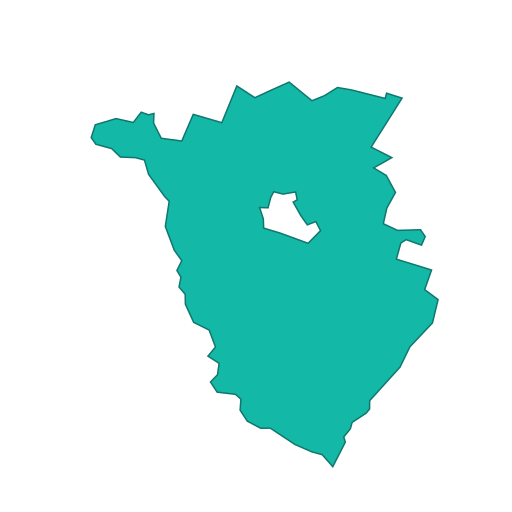 outline of Sharof Rashidov, Jizzakh, Uzbekistan, rotated 13°
{"feature_id": "79887680B75726526377189", "entity_name": "Sharof Rashidov", "entity_type": "district", "adm_level": 2, "iso_a3": "UZB", "parent_name": "Uzbekistan", "parent_adm1": "Jizzakh", "projection": "robinson", "projection_center": [67.817, 40.024], "detail": "fine", "context": "isolated", "style": "filled", "palette": "teal", "viewbox_px": 512, "rotation_deg": 13, "n_neighbors": 0, "source": "geoboundaries", "source_scale": "gbopen_adm2", "svg_char_len": 1390}
<svg xmlns="http://www.w3.org/2000/svg" viewBox="0 0 512 512"><g transform="rotate(13 256 256)"><path d="M69.9,164.3L68.8,177.7L74.9,183.2L91.2,183.8L101.6,190.1L116.5,187.3L125.7,187.6L133.0,200.6L153.6,218.6L159.1,222.2L161.0,247.6L175.1,268.8L184.7,277.2L182.2,287.9L187.6,293.5L188.0,303.6L195.6,309.2L198.0,318.8L210.2,334.7L227.0,338.7L237.0,353.8L231.7,364.4L244.2,368.9L245.2,380.4L240.0,389.0L248.8,397.4L267.2,395.4L273.5,398.9L275.2,409.8L284.7,418.9L299.4,422.8L308.6,420.5L336.4,430.9L354.6,434.3L365.2,434.7L378.2,444.0L384.9,417.3L382.2,412.5L386.8,403.2L387.1,396.5L398.8,384.2L401.1,379.5L399.3,371.4L421.3,331.9L426.4,309.8L443.0,281.5L443.2,257.5L427.9,250.8L430.2,230.2L393.5,227.5L394.2,210.8L398.6,206.3L414.8,208.2L416.5,199.0L410.4,193.4L388.2,199.2L372.8,195.9L372.7,179.9L377.6,162.7L364.8,148.2L350.8,143.7L366.2,129.6L343.7,124.0L362.8,69.3L346.6,68.0L346.4,73.4L311.7,72.7L297.5,73.5L286.5,84.5L275.6,92.1L265.2,87.0L249.2,79.1L233.2,91.2L219.3,102.0L199.1,94.6L192.7,133.8L163.0,132.1L157.8,160.7L137.2,162.6L126.3,149.5L124.5,140.1L119.5,142.6L111.8,141.7L106.4,153.5L88.7,153.6L69.9,164.3ZM280.2,184.7L283.5,192.0L280.1,195.1L290.6,206.6L299.0,214.1L306.6,209.0L313.2,216.8L303.9,231.9L274.1,228.2L257.2,227.1L254.8,218.2L248.6,208.0L256.9,206.3L257.2,195.6L258.8,189.4L268.4,189.6L280.2,184.7Z" fill="#14b8a6" stroke="#0f766e" stroke-width="1.5"/></g></svg>